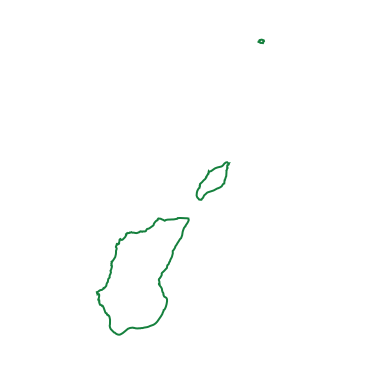 the district of Sabu Raijua, Nusa Tenggara Timur, Indonesia, rotated 147°
{"feature_id": "22746128B67076907647447", "entity_name": "Sabu Raijua", "entity_type": "district", "adm_level": 2, "iso_a3": "IDN", "parent_name": "Indonesia", "parent_adm1": "Nusa Tenggara Timur", "projection": "robinson", "projection_center": [121.777, -10.624], "detail": "fine", "context": "isolated", "style": "outline", "palette": "green", "viewbox_px": 384, "rotation_deg": 147, "n_neighbors": 0, "source": "geoboundaries", "source_scale": "gbopen_adm2", "svg_char_len": 5942}
<svg xmlns="http://www.w3.org/2000/svg" viewBox="0 0 384 384"><g transform="rotate(147 192 192)"><path d="M313.4,108.3L312.1,107.3L311.2,106.8L310.7,106.6L309.6,105.8L309.0,105.7L307.5,104.8L305.9,104.3L303.2,103.1L301.8,102.7L300.3,102.5L297.0,101.7L295.7,101.6L294.0,101.7L291.8,102.2L290.3,102.8L285.9,104.6L283.4,105.8L282.7,106.4L280.7,107.7L280.3,108.1L280.1,108.4L279.4,108.4L278.8,108.5L277.6,109.2L276.3,110.1L274.4,111.8L272.4,114.0L271.4,115.6L271.2,116.5L271.2,117.3L272.2,119.3L272.2,120.2L271.9,121.5L271.6,121.7L271.2,122.7L271.1,123.3L271.2,124.0L271.0,124.7L270.7,125.7L270.1,126.9L269.9,127.7L269.8,129.1L270.0,131.0L270.0,132.6L269.6,133.2L269.3,133.2L269.1,133.0L269.0,133.3L268.5,134.0L268.1,134.8L267.8,136.1L267.6,136.4L267.3,136.8L267.0,137.0L265.9,137.2L265.3,137.6L264.7,137.7L263.8,138.2L263.0,138.6L262.4,139.1L261.9,140.1L261.2,140.5L258.3,141.0L255.3,141.8L254.9,141.8L254.4,142.0L252.8,143.8L252.5,144.0L251.2,144.1L250.8,144.3L249.3,145.5L248.9,145.7L248.5,145.7L248.2,145.9L247.1,146.9L245.1,148.0L244.1,148.6L241.5,151.0L240.7,152.4L240.2,153.1L239.2,153.3L237.2,154.2L236.2,154.8L235.8,155.3L235.4,155.5L233.8,156.1L232.3,156.9L229.6,158.1L227.8,159.0L226.5,159.2L226.2,159.3L223.8,161.1L221.5,163.7L220.3,164.7L218.3,166.2L217.1,166.6L216.5,166.9L216.2,166.8L215.7,167.2L214.6,167.8L213.4,168.2L211.3,169.3L210.1,170.2L209.8,170.7L209.7,171.4L209.5,171.7L209.9,172.0L210.0,172.3L211.0,173.0L215.3,176.1L218.1,177.9L218.3,177.9L218.7,177.6L219.0,177.6L222.1,178.9L227.5,182.1L229.3,182.8L230.2,182.7L230.6,182.8L231.2,184.1L232.2,185.5L232.7,186.4L233.0,186.8L233.4,187.0L233.9,187.5L234.6,188.1L235.0,188.0L235.2,187.8L235.6,187.8L236.3,187.4L236.4,187.1L237.8,187.3L239.7,186.8L241.1,186.2L241.4,186.0L242.0,185.3L242.9,185.0L247.4,184.8L248.4,184.9L249.6,185.4L250.0,185.4L251.0,185.0L251.9,184.4L252.3,184.4L253.1,184.6L253.5,185.0L254.4,185.5L255.1,185.6L255.4,185.8L255.5,186.2L255.8,186.2L256.2,186.5L256.7,187.1L257.1,187.1L257.5,187.0L257.8,187.2L258.2,187.0L260.6,187.6L261.1,187.9L262.1,188.7L262.9,189.6L264.1,190.3L264.7,191.1L264.7,191.3L265.0,191.4L265.4,191.4L266.1,191.6L266.3,191.8L266.4,191.7L266.6,191.7L267.9,192.3L268.7,192.4L268.9,192.5L268.9,192.8L269.6,192.7L269.8,192.5L270.4,192.5L270.5,192.0L270.7,191.6L271.0,191.5L271.3,191.4L271.7,191.1L272.0,191.0L272.2,190.8L273.1,190.5L275.8,189.9L276.5,189.9L277.2,190.2L277.6,191.1L277.7,191.6L277.9,191.6L278.2,191.5L278.3,191.4L278.5,191.2L278.7,191.4L278.9,191.3L279.7,190.2L280.2,189.7L280.9,189.2L281.0,189.0L281.1,188.6L281.3,188.4L282.4,188.4L282.9,188.5L282.8,189.1L283.1,189.4L283.3,189.4L283.8,188.9L284.0,188.8L284.4,188.3L284.9,188.1L285.2,187.8L285.5,187.7L285.8,187.3L285.8,186.2L286.1,185.4L287.8,184.0L288.7,182.6L289.2,182.0L289.3,181.8L289.6,181.4L291.8,179.3L294.1,178.2L296.6,177.2L296.8,177.4L297.1,177.4L297.4,177.2L297.6,177.2L297.7,176.8L297.8,176.6L297.8,176.3L298.0,176.1L298.7,175.8L298.8,175.1L299.5,174.6L299.4,174.4L299.6,174.1L299.5,173.9L299.4,173.8L299.4,173.5L299.9,173.1L300.1,172.7L302.4,170.7L303.2,170.4L303.4,169.9L303.6,169.0L303.8,168.7L305.2,167.6L306.4,166.9L307.0,166.3L307.4,165.4L307.6,165.2L308.1,165.0L309.3,164.8L310.2,164.0L311.2,162.8L310.7,162.4L311.5,162.6L312.4,162.2L313.7,161.4L315.0,160.0L317.2,159.3L317.5,159.4L317.8,159.3L318.1,159.4L318.5,159.2L318.6,159.4L318.8,159.2L321.0,159.0L322.2,159.6L322.5,159.7L323.2,159.6L323.6,159.7L324.4,159.6L325.1,159.5L325.7,159.6L326.0,159.8L326.3,159.8L326.3,159.4L326.6,159.0L326.4,158.8L326.4,158.5L326.7,158.2L326.7,157.8L327.0,157.5L326.7,157.3L326.1,157.3L325.7,157.0L325.7,156.7L325.9,156.2L326.5,155.3L328.7,152.9L329.1,153.0L329.3,152.7L329.1,152.5L329.1,152.3L328.8,152.1L328.7,151.8L329.4,150.6L329.7,150.5L329.6,150.2L330.1,149.5L330.4,148.5L330.4,147.6L330.5,147.5L330.4,147.3L330.0,146.9L329.9,146.9L329.7,146.3L329.5,146.0L329.5,145.6L329.3,145.6L329.3,145.4L328.9,145.1L329.1,143.1L330.3,138.1L330.2,137.4L329.7,136.8L330.0,135.7L329.8,135.5L329.9,135.0L329.8,134.8L329.5,134.7L329.4,134.6L329.5,134.1L329.4,133.8L329.1,133.6L329.1,132.7L329.5,131.5L330.3,129.5L332.8,125.8L333.9,124.6L334.5,123.1L334.7,122.1L334.8,121.3L334.6,120.2L333.9,116.7L333.4,116.2L332.8,114.3L332.3,113.5L331.6,112.6L330.8,112.0L330.3,111.7L329.1,111.5L327.0,111.4L324.8,111.6L322.5,111.9L321.0,112.1L320.6,112.1L320.2,112.2L319.9,112.1L318.0,111.7L315.7,110.6L315.3,110.2L315.2,110.0L314.9,109.9L314.7,109.7L313.4,108.3ZM190.2,183.1L190.2,181.9L190.0,181.6L189.4,181.3L188.7,180.5L188.2,180.4L187.5,180.8L185.8,181.2L184.4,182.1L183.7,182.5L183.0,182.7L182.4,182.7L179.7,183.2L178.9,183.1L173.0,181.5L169.0,181.2L168.1,181.0L167.8,180.8L167.1,180.8L166.3,180.6L164.0,180.6L162.8,181.2L161.6,181.7L161.1,181.7L160.5,181.7L160.3,181.6L158.2,184.2L157.7,184.2L157.6,184.4L155.4,186.2L154.7,186.6L152.1,190.1L151.5,191.2L151.2,191.2L150.2,192.2L149.9,192.3L149.3,192.6L149.3,193.0L149.2,193.0L148.8,193.3L148.5,194.4L148.2,194.8L147.7,195.2L147.4,195.1L146.4,195.0L146.0,195.3L146.0,195.5L145.5,195.8L145.8,195.9L145.9,196.1L146.1,196.9L146.3,197.8L146.7,198.0L147.6,198.3L149.3,198.2L151.7,197.4L153.2,197.3L154.4,197.7L157.2,198.7L159.3,199.2L160.2,199.3L164.6,199.1L166.9,199.9L166.9,200.0L167.1,199.8L167.1,199.3L168.3,198.8L168.3,198.6L168.3,198.3L169.7,198.0L170.2,197.6L171.9,197.0L172.1,196.8L172.0,196.5L172.1,196.4L172.9,196.2L173.4,195.9L173.9,195.7L176.1,195.4L178.1,194.8L180.7,194.4L180.9,194.1L181.1,194.1L181.2,193.9L181.5,193.7L181.7,193.2L182.2,193.0L182.2,192.7L182.3,192.4L182.8,192.1L182.9,191.9L183.4,191.7L183.5,191.4L184.6,191.3L186.7,190.2L188.2,188.9L189.3,187.5L189.9,186.8L190.2,186.0L190.4,185.3L190.5,184.3L190.2,183.1ZM52.4,279.1L51.4,278.2L50.9,278.5L50.3,279.4L49.5,279.3L49.4,279.6L49.2,280.0L49.3,280.2L50.2,281.4L50.7,281.9L51.8,282.3L52.1,282.4L52.1,282.1L52.3,281.9L53.9,282.1L54.1,282.0L54.3,281.9L54.5,281.7L54.2,281.3L54.0,281.0L53.3,279.7L52.4,279.1Z" fill="none" stroke="#15803d" stroke-width="2"/></g></svg>